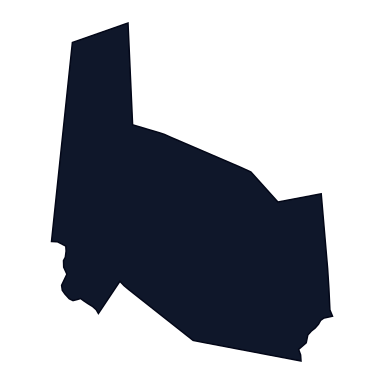 outline of Tanque do Piauí, Piauí, Brazil
{"feature_id": "56859067B11832506825176", "entity_name": "Tanque do Piauí", "entity_type": "district", "adm_level": 2, "iso_a3": "BRA", "parent_name": "Brazil", "parent_adm1": "Piauí", "projection": "robinson", "projection_center": [-42.274, -6.64], "detail": "fine", "context": "isolated", "style": "filled", "palette": "ink", "viewbox_px": 384, "rotation_deg": 0, "n_neighbors": 0, "source": "geoboundaries", "source_scale": "gbopen_adm2", "svg_char_len": 743}
<svg xmlns="http://www.w3.org/2000/svg" viewBox="0 0 384 384"><path d="M51.5,241.5L57.5,241.8L65.8,246.1L66.1,251.1L65.3,257.3L63.5,260.6L63.7,267.2L66.9,274.2L63.7,280.9L61.6,285.3L62.3,290.3L65.0,294.1L69.3,298.8L73.0,300.6L77.0,299.6L80.6,298.5L84.0,301.0L88.2,303.8L92.6,306.5L96.2,309.7L98.4,313.5L119.9,281.3L124.1,285.7L129.4,290.1L193.1,340.4L205.9,342.9L301.0,361.0L300.6,354.9L298.6,349.4L306.2,342.8L307.8,335.0L311.3,331.1L315.2,328.0L318.5,324.2L320.6,320.4L323.8,318.1L332.5,316.2L329.9,309.9L328.9,288.7L327.6,268.3L321.2,193.8L277.9,202.0L250.9,172.0L241.1,167.5L170.6,137.2L164.4,134.4L159.9,132.9L152.5,130.7L147.7,129.3L132.6,124.8L128.0,23.0L72.4,42.5L51.5,241.5Z" fill="#0f172a" stroke="#020617" stroke-width="1.5"/></svg>